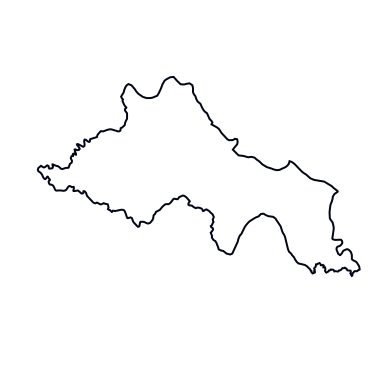 the district of Serejeka, Maekel, Eritrea, rotated 346°
{"feature_id": "51966322B5616132358630", "entity_name": "Serejeka", "entity_type": "district", "adm_level": 2, "iso_a3": "ERI", "parent_name": "Eritrea", "parent_adm1": "Maekel", "projection": "mercator", "projection_center": [38.887, 15.455], "detail": "fine", "context": "isolated", "style": "outline", "palette": "ink", "viewbox_px": 384, "rotation_deg": 346, "n_neighbors": 0, "source": "geoboundaries", "source_scale": "gbopen_adm2", "svg_char_len": 6006}
<svg xmlns="http://www.w3.org/2000/svg" viewBox="0 0 384 384"><g transform="rotate(346 192 192)"><path d="M51.8,130.1L48.8,131.5L47.8,133.0L47.9,134.5L49.8,136.8L50.7,138.9L51.3,142.2L52.0,143.5L52.4,143.9L53.0,144.0L55.2,142.2L55.7,142.2L55.9,142.5L56.3,144.1L57.1,145.6L56.9,146.1L55.6,146.8L55.3,148.0L55.4,149.3L56.0,150.4L57.4,150.9L58.7,152.1L59.3,153.9L59.7,156.5L60.1,157.3L60.6,157.8L64.6,158.6L67.4,159.7L68.9,159.9L70.6,159.4L73.3,156.9L74.5,156.6L75.2,156.8L76.6,158.2L78.4,158.4L78.5,159.4L77.2,162.0L77.3,162.4L78.1,162.6L81.7,163.0L82.5,163.9L84.1,166.4L84.9,166.9L85.9,166.9L86.2,166.7L86.9,165.0L87.8,165.2L88.3,165.8L89.0,167.4L89.2,170.4L93.6,178.2L94.5,179.1L95.5,179.6L97.3,179.3L100.0,181.8L101.1,182.0L103.6,181.5L105.0,182.5L107.0,183.4L107.3,183.6L107.3,186.7L106.3,188.3L106.6,188.7L108.2,190.0L109.3,191.9L109.7,191.9L110.7,191.0L113.1,191.9L119.1,192.1L120.7,192.6L121.6,193.3L122.2,194.7L122.8,201.2L123.1,201.7L123.5,201.8L126.3,201.8L127.4,202.9L127.7,206.3L128.1,207.4L130.1,211.0L131.2,212.7L132.1,212.7L132.8,212.2L134.0,209.5L134.5,208.7L135.0,208.5L137.9,209.2L141.2,211.8L143.1,212.0L143.9,211.8L146.8,209.7L148.1,207.9L149.0,205.5L149.6,205.0L150.7,204.5L152.2,202.6L156.4,201.6L160.1,198.9L163.0,197.5L164.0,197.5L166.1,198.1L167.3,197.9L168.9,197.0L172.3,194.3L173.0,194.2L176.1,195.5L176.9,195.2L178.3,193.9L182.4,193.2L183.9,194.2L185.2,195.7L187.4,199.9L187.6,200.5L186.5,201.4L185.5,202.8L185.5,203.5L185.7,203.8L186.1,204.2L188.6,205.2L189.6,206.6L191.2,208.2L191.8,208.6L192.7,208.4L194.8,208.8L197.3,210.4L197.6,210.9L198.1,213.1L198.9,213.2L200.7,212.4L202.0,212.5L202.3,212.8L204.4,215.1L204.9,216.3L206.6,218.7L207.1,221.5L206.7,222.3L205.6,223.4L205.4,225.8L205.6,226.3L204.5,227.3L203.3,229.0L202.0,229.6L202.2,230.8L203.4,232.1L203.4,233.3L202.7,234.3L200.3,236.1L200.8,239.1L200.3,241.1L201.2,243.7L202.7,245.2L203.3,246.9L204.0,251.9L204.0,254.1L205.9,255.7L208.1,256.8L210.6,260.1L214.0,261.9L216.2,261.5L224.2,251.5L225.9,248.4L227.9,245.8L229.7,244.7L234.5,239.0L236.1,237.5L238.4,235.8L240.7,234.4L245.1,232.9L247.9,232.1L250.6,231.8L253.6,230.0L256.2,230.4L258.1,232.3L260.2,233.9L264.7,235.7L266.5,237.8L269.7,246.8L270.0,251.8L270.4,254.1L271.1,256.0L271.4,258.4L271.3,270.6L271.7,273.4L273.2,275.6L273.9,277.7L275.2,280.0L275.7,282.4L276.7,285.1L277.9,287.0L283.7,290.0L285.3,291.5L288.1,296.0L288.0,296.8L288.6,297.5L288.4,297.7L288.4,298.3L288.8,298.6L289.0,299.7L289.4,300.2L291.6,299.9L292.0,299.3L291.9,298.9L291.4,298.5L291.5,298.1L292.1,297.8L292.3,297.4L292.0,295.9L292.7,295.0L293.6,294.7L294.1,294.1L294.8,292.2L296.2,292.4L296.8,292.0L298.6,291.8L299.4,293.5L299.3,294.2L300.6,294.5L301.4,294.4L302.1,295.4L301.5,296.1L301.2,296.9L302.1,297.3L302.9,297.4L302.7,299.3L302.0,300.6L302.4,302.2L302.8,302.7L305.2,302.1L305.8,301.3L307.7,301.3L307.9,300.8L309.8,301.4L310.5,301.9L310.9,303.5L312.0,303.5L314.4,304.5L314.9,304.4L315.7,303.7L316.9,303.8L317.7,303.6L319.6,302.3L321.1,302.7L321.9,302.4L322.3,302.6L322.4,303.0L323.4,303.8L323.4,304.6L324.0,305.7L326.8,306.7L326.9,307.1L326.7,308.2L326.0,309.2L326.4,311.1L326.8,312.1L327.3,311.9L328.0,310.1L328.4,309.6L329.1,309.3L330.1,308.4L330.9,308.1L332.0,308.6L333.2,308.8L334.2,308.1L335.9,307.8L336.2,305.2L336.1,304.1L335.0,300.8L334.3,299.3L332.2,297.6L331.1,296.4L330.9,295.8L331.9,291.6L331.7,289.4L331.5,288.3L330.0,285.9L329.0,285.1L327.8,285.0L324.6,285.6L322.5,287.8L320.8,289.0L320.2,289.0L318.9,287.2L318.3,282.7L318.8,281.3L319.6,280.5L320.4,280.2L322.3,280.1L323.3,279.7L325.2,278.3L325.7,277.1L325.7,275.8L325.2,274.6L324.5,274.2L319.6,273.2L318.0,272.5L317.0,271.6L316.9,271.1L320.7,261.8L321.0,260.0L321.1,256.1L320.8,254.9L319.6,252.0L319.4,250.7L320.5,245.2L321.5,242.3L323.3,237.9L325.2,235.3L327.1,231.9L327.4,230.9L328.7,229.3L330.0,228.3L333.2,227.1L333.5,226.7L333.3,226.0L330.7,222.8L328.9,220.0L322.8,213.9L313.4,209.8L310.2,207.4L307.0,202.7L305.2,200.9L303.3,198.4L298.6,190.1L297.1,188.1L295.7,186.7L294.1,185.7L292.8,188.0L291.1,189.4L289.0,190.4L282.3,191.7L279.7,191.4L276.9,190.0L274.7,188.4L270.7,186.0L267.1,182.4L264.5,178.3L262.7,176.3L260.9,173.7L257.9,172.2L254.9,171.9L250.7,169.5L246.0,167.7L241.9,160.8L243.7,159.3L247.3,156.7L248.4,154.5L248.6,151.8L246.6,150.8L244.1,151.5L240.5,150.7L239.0,149.3L234.8,141.6L233.5,137.6L232.0,135.5L227.3,131.1L228.6,129.5L228.0,127.5L226.7,125.4L225.6,119.2L224.2,117.6L223.1,115.6L222.2,112.6L221.5,108.5L219.3,105.5L218.6,102.5L218.5,100.0L217.5,97.7L217.1,95.3L217.7,93.3L218.2,90.7L218.1,88.4L215.9,86.0L213.1,85.7L210.5,85.8L207.0,84.7L204.4,80.5L202.0,75.9L198.6,75.4L194.3,76.5L192.4,77.3L189.5,80.3L186.8,84.2L183.4,88.4L181.5,90.2L176.5,90.9L174.3,90.8L170.8,89.9L167.4,87.9L163.6,83.6L162.2,80.8L161.4,78.4L159.1,73.8L156.4,71.9L154.4,72.7L152.7,74.2L151.0,76.6L149.7,78.9L146.3,82.3L146.7,84.4L147.3,85.1L147.4,85.6L146.6,86.7L147.2,90.6L147.7,92.2L148.6,93.7L148.7,94.3L148.2,94.7L147.5,94.8L146.8,96.0L146.7,96.6L148.0,99.9L146.9,104.5L146.6,105.4L145.2,106.8L143.8,108.8L142.9,110.8L139.7,112.6L138.3,112.8L137.4,114.9L137.1,115.2L136.2,115.5L134.9,115.3L129.3,111.9L127.6,111.3L124.9,111.2L120.6,111.7L118.2,110.9L114.9,113.1L113.9,114.1L113.0,115.7L106.1,116.1L105.7,116.6L105.2,118.1L104.8,118.4L104.2,118.5L102.8,117.3L101.6,115.6L100.5,115.2L100.1,115.6L99.7,116.3L99.3,119.7L98.9,121.0L98.6,121.4L97.5,121.8L96.9,121.4L93.3,118.2L92.5,117.8L91.9,117.9L91.9,118.7L93.2,121.4L93.1,122.0L93.5,122.6L93.4,123.1L92.6,123.7L91.4,123.8L90.4,123.5L88.9,122.3L88.4,122.4L88.2,123.7L88.7,127.2L88.5,127.7L88.0,127.6L86.8,126.1L85.9,126.2L85.5,126.5L85.5,128.0L85.2,128.3L84.2,127.9L83.8,128.1L82.6,129.7L82.6,130.6L83.1,132.4L82.7,133.9L82.1,134.5L80.4,135.2L79.4,136.7L79.1,136.9L78.3,138.4L77.9,138.6L75.4,138.1L72.0,138.4L70.7,137.9L68.6,134.9L65.7,133.2L64.0,131.7L63.3,131.5L63.1,132.1L63.3,133.6L62.7,134.8L61.9,135.2L60.9,134.9L59.9,135.0L59.2,134.8L58.9,134.1L59.1,132.1L58.1,131.2L57.5,131.3L55.1,132.4L53.9,132.2L51.8,130.1Z" fill="none" stroke="#020617" stroke-width="2"/></g></svg>